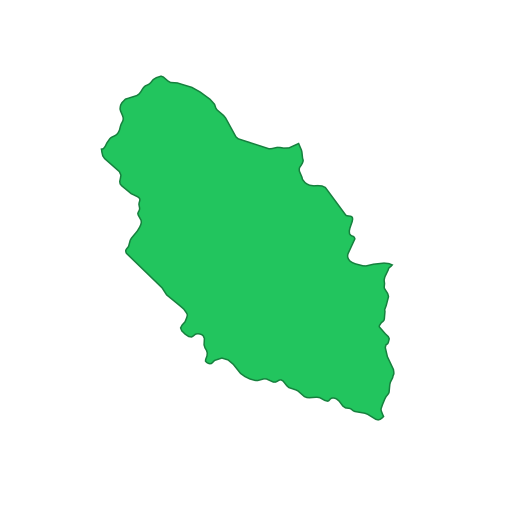 the border of Uvs, rotated 222°
{"feature_id": "MNG-3322", "entity_name": "Uvs", "entity_type": "Province", "adm_level": 1, "iso_a3": "MNG", "parent_name": "Mongolia", "parent_adm1": "", "projection": "natural_earth1", "projection_center": [92.636, 49.633], "detail": "fine", "context": "isolated", "style": "filled", "palette": "green", "viewbox_px": 512, "rotation_deg": 222, "n_neighbors": 0, "source": "natural_earth", "source_scale": "10m", "svg_char_len": 3906}
<svg xmlns="http://www.w3.org/2000/svg" viewBox="0 0 512 512"><g transform="rotate(222 256 256)"><path d="M221.5,143.9L223.2,144.1L224.2,145.5L225.6,149.0L227.3,151.3L229.5,152.7L232.4,153.6L235.1,155.2L239.2,160.2L241.9,161.4L243.4,161.3L245.1,160.7L246.6,159.8L247.9,158.6L248.7,157.2L249.2,154.2L249.7,152.7L252.2,151.1L256.5,150.5L261.0,150.7L263.9,152.1L264.7,155.3L264.7,159.6L266.0,163.2L266.8,165.0L267.4,166.0L268.2,166.7L269.6,167.2L274.0,168.2L276.4,168.2L279.9,168.1L296.4,167.3L304.5,169.5L329.3,170.4L354.1,171.3L355.5,172.0L356.6,173.1L356.9,174.5L357.1,177.8L360.0,183.6L360.5,185.8L360.9,195.2L361.8,199.8L362.6,202.2L363.6,204.1L365.2,205.6L371.1,207.7L372.3,208.6L372.8,209.8L373.1,211.1L373.6,212.5L374.4,213.6L377.5,216.0L378.3,217.1L379.6,219.7L380.4,220.6L381.9,221.0L383.7,220.8L390.5,218.8L402.9,218.3L405.2,218.7L407.1,220.2L408.8,223.1L410.1,225.1L410.5,225.7L414.0,227.3L433.7,227.1L436.9,227.9L440.2,230.2L441.3,231.2L442.4,232.0L441.2,233.5L441.4,236.5L442.5,240.4L443.1,245.3L443.0,246.7L442.9,247.1L442.7,247.8L441.4,250.9L440.8,253.0L440.9,255.3L441.7,258.2L443.5,261.6L444.4,263.6L445.3,267.1L445.8,268.2L447.1,269.8L449.1,271.0L453.6,273.1L455.4,274.3L456.7,276.1L457.6,277.7L458.2,280.3L458.0,285.2L451.9,295.5L451.3,298.3L451.5,301.2L452.0,303.7L452.3,306.1L452.1,308.3L451.1,310.5L450.4,312.5L450.2,314.4L450.4,317.4L450.4,318.4L449.4,321.8L446.9,326.1L444.6,327.0L438.8,327.1L435.7,327.7L430.2,332.0L425.2,334.3L416.5,338.4L407.1,340.5L395.0,341.7L388.4,341.0L388.0,340.8L384.8,339.0L382.7,338.5L374.0,338.7L370.9,338.2L350.6,331.1L347.6,331.2L318.0,344.4L316.1,346.4L312.9,350.9L310.5,352.9L307.6,354.7L303.8,358.4L299.6,368.1L293.1,365.1L291.5,364.0L286.8,359.8L285.2,358.8L285.1,358.7L284.8,358.4L284.3,357.6L284.1,357.1L283.7,356.1L283.2,353.8L282.9,351.5L282.8,351.0L282.6,350.5L282.3,349.9L281.9,349.4L280.6,348.1L274.8,345.4L273.8,344.8L273.5,344.5L273.0,344.2L272.2,343.9L268.6,343.3L266.4,343.6L263.6,344.4L260.0,346.8L257.1,349.7L253.8,352.2L250.3,353.3L242.4,351.7L216.4,346.4L215.3,346.8L212.0,349.0L210.3,349.2L208.9,348.1L207.5,345.8L204.9,339.6L203.4,337.0L201.4,335.1L199.7,334.8L198.4,335.0L196.6,335.7L195.4,335.6L194.0,334.9L189.1,319.1L188.2,317.6L187.1,316.5L185.3,315.6L182.9,315.1L180.2,315.5L177.0,316.6L169.9,320.3L167.6,322.2L163.2,328.5L156.1,336.4L152.1,339.3L148.8,340.5L148.8,338.6L149.2,336.4L149.1,335.7L148.9,334.9L148.5,334.3L146.3,326.8L145.2,324.7L144.9,324.2L144.2,323.4L142.0,321.5L140.3,319.2L139.8,318.6L139.3,318.1L138.4,317.7L133.1,316.2L131.4,315.2L130.3,314.4L126.1,306.3L124.5,302.3L124.2,302.0L123.6,301.5L123.0,301.0L118.6,295.2L118.2,294.4L117.9,293.7L117.9,293.1L117.9,292.6L117.9,292.1L118.1,291.1L118.2,290.6L118.2,290.1L117.9,287.6L117.6,286.6L117.3,286.1L116.8,285.8L115.0,285.6L107.9,284.7L103.8,284.6L101.9,283.8L101.6,283.5L101.3,283.1L100.1,280.8L99.7,279.9L99.6,279.5L99.5,278.8L99.6,278.2L100.0,277.3L99.4,275.8L98.6,274.4L91.0,269.1L77.9,263.6L76.0,262.0L75.4,261.4L74.9,260.9L74.4,260.0L74.1,258.9L73.6,258.0L73.1,257.1L72.9,256.6L71.7,252.2L70.7,250.2L66.1,244.0L65.7,243.2L65.5,242.1L65.4,241.5L65.3,239.3L65.3,238.7L64.6,235.9L62.6,230.3L60.9,226.3L60.5,225.7L60.0,225.3L59.3,224.7L55.5,222.8L53.8,222.1L53.9,220.2L54.4,217.8L55.5,216.0L57.7,214.8L67.0,213.1L69.9,212.0L78.5,206.6L80.0,206.1L82.9,205.9L84.3,205.5L87.9,203.0L91.0,202.6L97.1,203.8L100.1,203.7L101.4,203.4L102.7,202.8L103.8,202.0L104.7,200.9L105.1,199.6L105.1,197.0L105.7,196.0L108.3,194.7L113.8,193.4L116.4,191.7L121.5,186.4L123.4,184.9L126.0,183.9L134.4,183.8L136.7,183.2L143.6,180.2L146.3,180.2L152.2,181.2L154.6,180.7L155.8,179.1L156.3,177.3L157.1,175.4L158.8,173.9L166.0,171.6L167.9,170.0L171.5,164.5L173.3,163.0L178.3,160.5L183.6,159.0L188.9,158.4L200.4,160.3L207.2,160.1L213.1,157.3L216.8,150.9L217.0,149.2L217.0,147.6L217.3,146.1L218.3,145.0L219.7,144.3L221.5,143.9Z" fill="#22c55e" stroke="#15803d" stroke-width="1.5"/></g></svg>